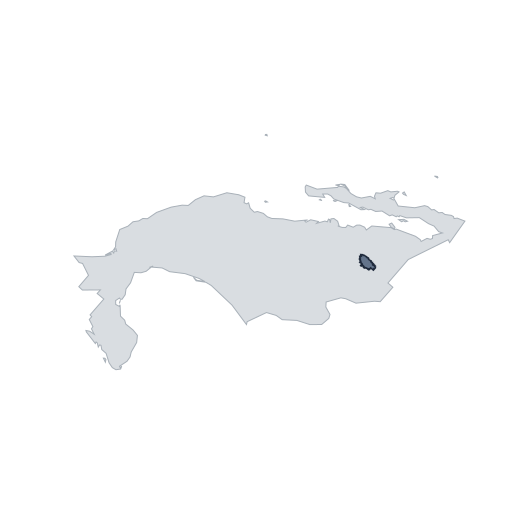 location of Madera, Chihuahua, Mexico, rotated 131°
{"feature_id": "50627088B30045801041886", "entity_name": "Madera", "entity_type": "district", "adm_level": 2, "iso_a3": "MEX", "parent_name": "Mexico", "parent_adm1": "Chihuahua", "projection": "equal_earth", "projection_center": [-108.34, 29.346], "detail": "fine", "context": "in_parent", "style": "filled", "palette": "slate", "viewbox_px": 512, "rotation_deg": 131, "n_neighbors": 0, "source": "geoboundaries", "source_scale": "gbopen_adm2", "svg_char_len": 6187}
<svg xmlns="http://www.w3.org/2000/svg" viewBox="0 0 512 512"><g transform="rotate(131 256 256)"><path d="M92.6,121.2L118.9,118.6L117.6,121.6L158.8,138.8L189.8,138.7L189.8,132.2L209.0,132.3L212.4,136.9L226.0,149.6L229.4,160.3L231.9,164.5L244.7,172.9L248.7,169.8L251.6,161.8L255.4,160.1L264.6,161.5L272.4,170.3L277.8,182.9L286.9,194.5L287.6,201.8L291.8,211.0L311.4,219.6L314.0,218.2L308.8,241.9L307.6,270.4L308.7,276.6L314.0,284.9L313.1,289.3L313.2,284.8L308.8,277.8L310.3,284.3L315.8,297.9L324.5,310.9L326.6,319.0L332.7,327.3L331.1,327.1L334.5,329.0L333.4,327.8L339.6,328.9L344.1,331.8L348.2,337.1L358.5,333.1L366.1,332.5L371.1,329.3L376.5,328.7L377.6,329.9L377.3,331.5L381.7,332.7L384.6,330.1L383.6,325.8L382.2,326.8L382.6,326.0L390.3,318.8L390.6,313.0L392.8,309.7L392.5,300.3L393.7,293.4L399.6,289.3L410.3,287.2L414.9,284.8L420.1,284.3L428.8,286.7L429.4,285.2L427.2,285.1L430.1,284.0L433.7,287.1L434.5,291.2L433.0,296.8L427.8,305.3L427.8,311.0L425.1,314.4L425.7,315.7L428.2,315.3L425.7,318.8L425.8,320.3L427.5,319.8L424.6,334.2L423.8,335.5L421.9,332.2L421.2,326.8L418.9,332.4L416.3,332.8L413.3,340.2L409.6,340.2L409.3,342.6L388.3,342.6L388.5,351.3L383.7,351.2L395.6,364.7L395.4,369.6L380.5,369.7L375.4,382.0L377.0,385.2L375.4,393.4L364.2,379.3L355.3,369.9L349.9,366.3L349.3,367.2L354.3,370.5L346.6,367.6L347.1,365.3L345.1,366.3L343.8,364.3L342.4,366.4L345.0,367.5L341.2,368.0L337.4,371.1L325.4,376.2L317.5,372.2L310.9,371.3L306.4,367.5L301.9,366.0L299.1,362.4L288.3,359.6L274.8,352.1L266.1,345.1L262.3,340.3L253.3,338.7L244.7,334.7L239.3,326.9L227.4,319.5L221.1,309.2L218.9,302.9L223.6,300.0L222.8,297.3L220.7,296.5L223.8,291.7L224.1,286.0L221.5,284.1L219.0,278.4L219.0,273.2L217.3,268.7L210.3,260.0L204.3,249.6L194.9,240.7L197.6,242.4L197.7,240.4L192.8,238.5L189.0,231.5L191.6,231.7L184.4,226.9L183.4,224.6L180.6,225.5L180.2,224.4L182.2,221.7L178.8,223.8L176.6,221.8L176.2,217.2L178.7,213.1L179.7,213.9L177.9,209.7L175.6,207.0L172.5,207.1L170.5,201.5L166.7,200.3L164.5,197.9L163.0,192.9L164.0,189.8L157.4,188.3L146.0,172.7L145.4,169.0L143.7,167.8L136.5,148.6L135.9,142.8L136.7,140.9L130.5,138.5L129.0,135.4L127.0,134.3L124.7,136.1L116.3,130.4L117.8,134.1L116.6,141.2L118.4,147.0L119.9,157.9L128.5,167.5L131.2,174.0L132.5,173.7L133.1,175.7L134.4,175.9L135.6,180.2L138.0,181.5L139.4,190.4L143.9,194.9L145.4,199.9L147.4,201.5L149.0,207.5L150.8,209.0L149.7,204.5L152.2,207.1L155.2,220.8L158.1,224.8L161.9,234.7L161.4,238.9L162.2,242.6L165.5,246.3L166.7,242.6L176.1,255.7L175.3,260.6L171.6,264.2L169.5,264.6L165.5,253.8L150.7,239.4L149.3,239.6L146.3,235.1L145.7,232.1L146.6,225.4L145.4,219.0L143.1,214.5L136.0,208.9L134.6,203.5L133.2,205.8L129.6,206.9L126.9,203.2L120.2,199.4L119.2,196.3L114.3,191.7L113.8,190.1L119.0,191.0L122.0,189.7L122.0,191.1L124.5,192.6L123.6,189.0L122.4,188.8L125.0,181.5L115.4,167.8L107.4,161.8L106.0,158.8L106.0,153.7L104.1,152.1L103.5,146.4L101.0,144.0L100.7,140.6L97.2,135.3L96.7,132.8L97.8,131.1L95.4,129.0L92.6,121.2ZM145.6,172.9L144.7,176.4L142.1,175.2L143.2,169.9L144.7,169.4L145.6,172.9ZM135.0,172.2L131.3,168.4L130.4,164.5L132.3,165.8L132.7,167.9L134.6,168.5L135.0,172.2ZM433.2,304.2L432.3,303.0L432.6,301.3L435.0,300.0L433.2,304.2ZM146.4,239.6L143.8,235.9L145.4,228.4L144.9,235.1L146.4,239.6ZM112.4,186.7L110.4,186.2L111.8,182.3L112.7,185.2L112.4,186.7ZM78.6,173.8L77.0,171.3L77.4,170.2L78.0,170.2L78.6,173.8ZM148.7,239.7L150.3,242.6L146.9,239.7L148.7,239.7ZM209.3,284.2L209.0,285.4L208.1,284.9L207.7,282.8L209.3,284.2ZM163.0,232.1L163.6,234.3L161.8,231.5L163.0,232.1ZM156.5,217.1L157.5,218.0L156.0,220.1L156.5,217.1ZM158.8,328.3L158.1,328.6L157.1,327.6L157.9,326.4L158.8,328.3ZM380.2,328.7L378.3,329.3L381.5,328.0L380.2,328.7ZM172.0,245.0L171.0,244.8L170.9,242.6L172.0,245.0Z" fill="#d9dde1" stroke="#a8b0b8" stroke-width="1"/><path d="M185.3,159.9L185.3,160.0L185.4,160.5L185.1,160.7L185.2,160.9L185.2,161.1L185.3,161.1L185.5,161.2L186.1,161.2L186.2,161.9L186.2,162.1L185.6,162.2L185.6,162.4L184.9,162.4L185.0,162.7L185.3,163.2L184.9,163.4L185.0,163.7L185.0,163.9L185.0,164.3L184.8,164.3L185.1,164.7L184.8,164.9L185.0,165.4L185.0,165.5L184.8,165.8L184.5,165.8L184.5,166.1L184.2,166.1L184.3,166.5L184.4,166.9L184.7,168.4L184.6,169.0L184.1,169.0L183.9,169.1L183.7,169.2L183.8,169.2L183.9,169.4L183.9,169.6L184.0,169.7L184.0,170.0L183.8,170.0L183.8,170.3L183.9,170.5L184.1,170.4L184.3,170.7L184.4,171.0L184.3,171.3L184.1,171.5L184.3,171.7L184.3,171.8L184.2,171.8L184.3,172.9L184.2,172.9L184.3,173.2L184.4,173.9L184.4,174.0L184.3,174.3L184.3,174.5L184.5,174.8L184.6,175.0L184.8,175.5L184.9,175.8L185.2,175.7L185.2,175.8L185.1,176.0L185.0,176.4L185.2,176.5L185.3,176.6L185.7,176.8L185.7,177.2L185.8,177.2L185.9,177.5L185.9,177.4L186.0,177.4L186.2,177.2L186.3,177.2L186.3,177.3L186.5,177.4L186.5,177.5L186.5,177.4L186.5,177.5L186.6,177.4L186.6,177.5L186.6,177.4L186.6,177.5L186.7,177.4L186.7,177.5L186.7,177.4L186.8,177.4L186.9,177.2L187.0,177.2L186.9,177.2L187.0,176.9L187.1,177.1L187.8,177.4L188.2,177.6L188.5,177.1L188.2,176.5L190.3,176.4L190.2,176.4L190.1,176.1L190.3,176.0L190.1,175.7L189.9,175.9L189.7,175.5L189.7,175.3L190.2,175.2L190.2,175.4L190.2,175.5L190.3,175.3L190.6,175.4L190.6,175.2L190.4,174.9L190.6,174.8L191.1,174.7L191.3,174.3L191.2,174.2L191.1,173.5L192.7,173.6L192.7,172.6L192.1,172.4L192.2,171.8L192.2,171.2L192.3,171.2L192.4,170.9L192.5,170.5L193.1,170.9L193.5,170.9L194.6,170.8L194.6,170.2L194.0,170.2L194.0,169.7L194.0,169.4L193.2,169.6L193.2,169.1L193.1,168.9L193.0,168.7L193.1,168.4L193.0,168.1L193.2,167.5L193.4,167.5L193.4,167.1L194.1,167.2L194.1,166.8L194.0,166.3L193.8,166.3L193.8,166.2L193.8,166.3L193.6,166.3L193.5,166.2L193.4,166.0L193.4,165.9L193.3,165.7L193.0,165.7L192.9,164.8L192.8,164.7L192.6,164.7L192.6,163.8L192.7,163.2L192.8,162.9L192.7,163.0L192.6,162.9L192.6,163.0L192.6,162.9L192.5,163.0L192.5,162.9L192.4,163.0L192.2,163.0L192.2,162.9L192.1,162.7L191.9,162.6L191.9,161.5L191.7,161.4L191.3,161.5L191.1,161.5L190.9,161.9L190.7,161.8L189.7,161.8L189.7,160.3L189.7,159.6L189.7,158.1L188.7,158.1L188.7,158.8L188.1,158.8L188.1,158.1L186.5,158.1L185.9,159.3L186.0,159.6L185.9,159.7L185.7,159.7L185.6,159.8L185.4,159.9L185.4,160.0L185.3,159.9L185.3,159.9Z" fill="#64748b" stroke="#1e293b" stroke-width="1.5"/></g></svg>